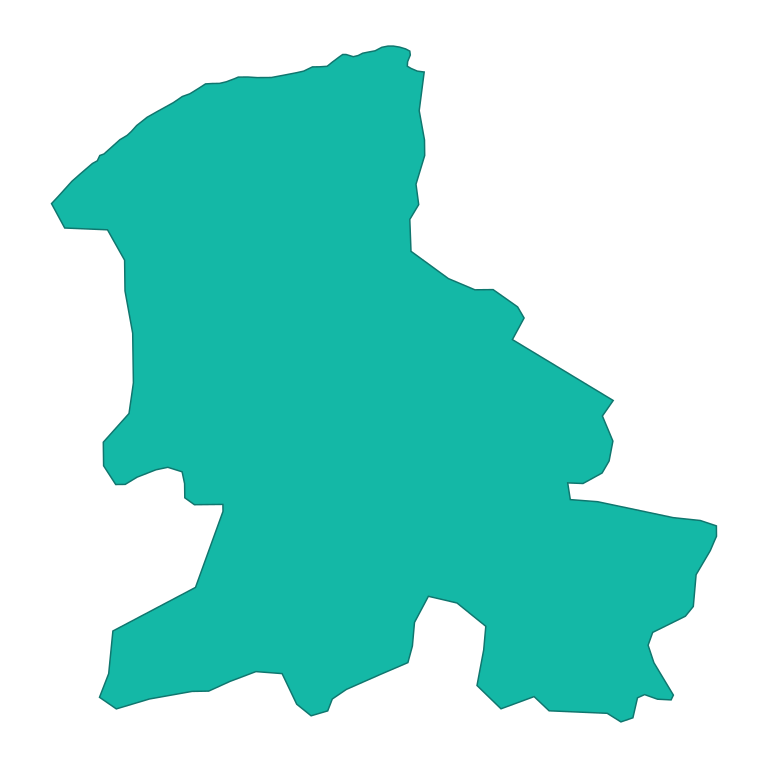 the district of Ashotck, Shirak, Armenia
{"feature_id": "60910142B98971197356492", "entity_name": "Ashotck", "entity_type": "district", "adm_level": 2, "iso_a3": "ARM", "parent_name": "Armenia", "parent_adm1": "Shirak", "projection": "equal_earth", "projection_center": [43.919, 41.033], "detail": "fine", "context": "isolated", "style": "filled", "palette": "teal", "viewbox_px": 768, "rotation_deg": 0, "n_neighbors": 0, "source": "geoboundaries", "source_scale": "gbopen_adm2", "svg_char_len": 1918}
<svg xmlns="http://www.w3.org/2000/svg" viewBox="0 0 768 768"><path d="M716.4,525.9L700.3,520.5L678.5,518.2L673.0,517.6L597.6,501.7L570.3,499.6L567.7,482.9L583.0,483.5L602.1,473.0L609.1,461.0L612.9,441.1L608.6,430.8L605.1,422.5L602.4,416.0L613.2,400.5L512.4,339.6L524.1,318.0L517.6,306.9L493.1,289.6L474.9,289.8L448.4,278.6L411.0,251.3L409.8,219.4L418.7,204.6L416.0,184.2L424.7,155.5L424.5,140.0L419.2,110.7L424.2,72.0L417.3,71.1L411.0,68.4L407.3,66.2L407.6,61.7L410.3,55.0L409.8,51.1L405.6,48.9L399.6,47.1L393.5,46.1L387.9,46.1L381.8,47.3L375.1,50.8L368.7,52.0L362.7,53.2L358.2,55.5L353.3,56.7L346.1,54.5L342.7,54.5L339.4,56.8L332.3,62.1L327.1,66.3L319.5,66.8L312.4,66.9L303.7,71.1L296.6,72.7L284.2,75.1L271.4,77.5L257.1,77.6L247.7,77.0L238.2,77.1L234.5,78.7L226.2,81.8L219.5,83.4L212.3,83.5L205.5,83.9L198.4,88.5L189.8,93.8L182.3,96.5L173.4,102.6L158.0,111.1L147.2,117.2L136.7,125.5L131.2,131.6L127.1,135.4L120.0,139.6L113.3,145.6L103.9,154.0L99.8,155.5L97.3,160.8L92.4,163.5L80.5,173.7L71.9,181.3L58.9,195.7L57.9,196.8L54.6,200.3L51.5,203.6L64.7,228.0L107.5,229.8L113.9,241.2L124.6,260.2L125.0,290.9L132.7,333.3L133.4,382.8L131.6,395.5L129.0,413.5L103.3,442.2L103.6,465.8L115.7,484.5L125.2,484.4L137.0,477.2L155.9,469.8L167.8,467.3L182.1,471.8L184.6,483.6L184.8,497.8L194.4,504.7L222.9,504.4L223.0,511.4L195.5,587.4L112.9,631.0L108.7,673.6L99.5,697.3L116.3,708.9L149.4,699.0L192.1,691.4L208.7,691.1L230.0,681.4L255.9,671.6L282.1,673.6L296.7,704.2L311.1,715.8L327.7,710.9L332.3,699.0L346.4,689.4L379.5,674.8L407.9,662.6L412.4,646.0L414.5,622.4L428.4,596.3L457.0,603.0L485.8,626.3L483.7,649.9L477.0,685.5L501.0,708.8L534.1,696.6L549.1,710.8L607.2,713.3L620.9,721.9L632.9,717.8L637.5,697.8L644.6,694.6L657.5,699.2L671.1,699.9L673.4,695.1L653.9,662.7L648.1,645.2L652.7,632.4L685.4,616.2L693.3,606.5L696.1,574.7L710.3,550.6L714.7,540.3L716.5,536.3L716.4,525.9Z" fill="#14b8a6" stroke="#0f766e" stroke-width="1.5"/></svg>